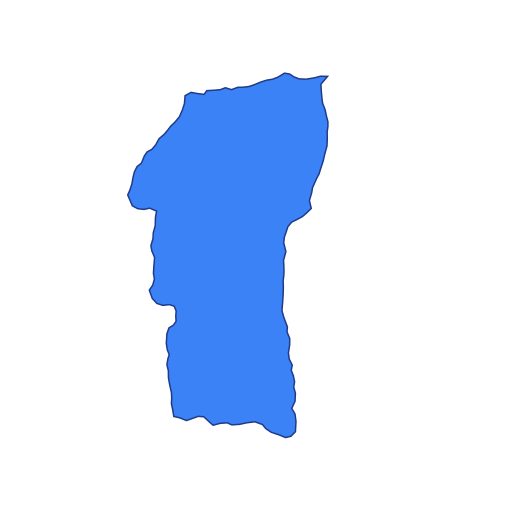 outline of Guaimbê, São Paulo, Brazil, rotated 151°
{"feature_id": "56859067B16613468230330", "entity_name": "Guaimbê", "entity_type": "district", "adm_level": 2, "iso_a3": "BRA", "parent_name": "Brazil", "parent_adm1": "São Paulo", "projection": "albers", "projection_center": [-49.859, -21.865], "detail": "fine", "context": "isolated", "style": "filled", "palette": "blue", "viewbox_px": 512, "rotation_deg": 151, "n_neighbors": 0, "source": "geoboundaries", "source_scale": "gbopen_adm2", "svg_char_len": 2108}
<svg xmlns="http://www.w3.org/2000/svg" viewBox="0 0 512 512"><g transform="rotate(151 256 256)"><path d="M405.7,155.5L401.2,151.5L396.6,145.8L389.4,144.6L384.4,143.8L379.6,140.7L377.2,133.3L375.6,128.8L368.4,127.0L362.0,124.0L359.1,120.1L351.9,116.7L345.2,114.7L337.3,111.5L332.0,105.4L331.1,100.2L328.1,94.4L322.3,88.1L318.2,82.9L312.9,81.4L306.7,83.2L301.2,92.0L298.5,98.9L298.6,105.4L292.3,110.0L288.0,117.0L286.6,123.0L283.2,127.3L281.3,133.5L280.6,138.9L277.2,143.0L276.9,149.7L274.6,155.6L269.6,162.0L266.5,167.5L265.7,174.5L262.9,178.8L261.4,188.9L259.8,195.6L255.2,202.5L251.4,208.4L247.5,214.9L244.2,221.3L241.3,225.2L238.9,229.1L236.6,233.5L234.0,238.9L227.7,245.4L225.3,254.3L221.7,259.1L217.2,263.1L213.9,266.2L208.4,268.3L200.7,268.0L196.3,268.0L190.9,269.1L184.6,270.8L182.4,278.6L176.5,284.5L173.4,288.4L165.3,294.5L161.2,297.1L156.5,301.6L151.0,306.7L147.4,310.8L140.6,317.8L136.8,324.0L133.5,330.2L130.4,334.3L128.0,338.6L126.6,344.1L124.6,350.6L123.7,357.2L121.8,362.1L118.8,368.9L115.9,374.8L106.3,378.4L112.3,381.9L118.5,383.5L126.3,386.3L132.4,390.0L136.2,394.6L138.3,398.8L142.4,402.1L150.0,401.8L155.8,402.6L161.7,404.7L168.0,405.9L175.0,406.7L180.2,407.7L185.7,410.0L190.2,412.4L196.8,413.4L201.2,418.0L206.7,418.8L212.5,421.4L218.9,424.5L223.0,422.5L228.5,426.5L233.5,430.6L240.3,430.6L244.7,424.0L249.7,419.3L255.5,414.9L261.9,412.4L267.3,411.0L272.7,408.7L277.5,406.9L283.9,405.6L289.9,401.8L295.2,399.8L300.9,399.8L305.2,397.6L311.1,392.8L316.6,391.9L321.5,388.6L325.6,384.2L329.6,379.2L334.1,375.0L338.6,371.6L339.2,365.9L339.8,359.8L336.5,354.7L331.3,351.0L325.8,349.4L321.2,343.5L325.3,338.4L329.4,331.4L334.6,326.1L337.7,321.1L342.9,316.0L344.6,311.1L345.4,303.9L350.4,296.4L354.2,290.4L355.9,285.3L360.3,280.7L365.9,277.8L367.3,269.1L365.7,262.6L361.4,258.0L355.2,255.4L351.9,251.8L352.5,246.6L355.2,242.5L357.6,237.6L361.7,235.6L367.0,235.3L371.6,231.2L376.8,223.1L379.1,216.8L379.7,211.9L382.9,208.8L386.6,204.2L388.3,198.1L391.6,192.0L393.8,185.6L396.2,177.5L398.7,172.4L401.6,167.8L403.3,162.2L405.7,155.5Z" fill="#3b82f6" stroke="#1e3a8a" stroke-width="1.5"/></g></svg>